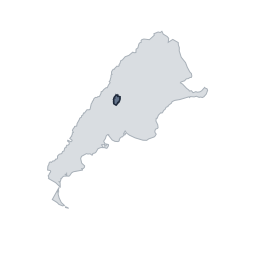 location of General Alvear, Mendoza, Argentina, rotated 30°
{"feature_id": "61730980B19531104090182", "entity_name": "General Alvear", "entity_type": "district", "adm_level": 2, "iso_a3": "ARG", "parent_name": "Argentina", "parent_adm1": "Mendoza", "projection": "albers", "projection_center": [-66.959, -35.244], "detail": "fine", "context": "in_parent", "style": "filled", "palette": "slate", "viewbox_px": 256, "rotation_deg": 30, "n_neighbors": 0, "source": "geoboundaries", "source_scale": "gbopen_adm2", "svg_char_len": 5148}
<svg xmlns="http://www.w3.org/2000/svg" viewBox="0 0 256 256"><g transform="rotate(30 128 128)"><path d="M154.7,80.7L153.0,83.1L153.2,84.7L151.6,88.5L151.9,89.3L150.6,91.1L150.8,93.1L150.1,95.0L150.2,97.5L149.7,98.2L148.8,98.3L147.9,101.6L148.4,105.0L147.6,105.5L148.7,108.0L152.2,110.4L153.9,112.7L153.8,113.6L152.7,114.8L152.5,115.9L152.9,117.5L153.8,118.5L155.5,119.2L155.5,121.4L155.1,122.7L151.3,127.2L150.4,129.3L147.1,131.1L139.0,133.0L132.8,133.5L129.3,133.1L127.0,132.0L127.0,134.7L128.1,135.6L127.5,135.6L128.0,136.1L127.6,138.4L126.9,138.8L126.2,140.6L126.2,142.2L126.8,143.6L126.1,144.8L123.4,146.1L120.3,146.3L114.6,144.0L114.8,143.6L114.5,143.5L113.6,143.9L113.1,145.7L113.7,148.6L113.5,151.1L113.8,151.9L115.8,152.9L115.7,153.8L116.3,154.0L117.8,153.8L118.0,153.0L117.3,152.7L119.3,152.1L120.0,153.1L120.0,155.7L119.6,156.3L118.0,156.7L117.6,156.6L116.8,154.8L116.0,154.4L113.8,155.3L113.5,155.9L116.7,157.2L114.3,158.5L112.4,160.8L112.3,165.1L111.8,166.3L110.5,167.4L110.3,168.3L110.7,168.7L110.5,169.5L108.1,169.3L106.3,170.6L104.8,171.0L101.9,175.8L102.3,178.2L105.5,181.6L109.4,182.5L109.9,183.7L109.7,185.0L109.3,185.8L107.8,186.5L109.1,186.5L109.6,187.2L102.6,193.2L101.6,195.0L101.3,198.6L100.7,199.4L99.3,200.1L98.4,199.4L97.6,198.1L97.6,199.2L96.3,199.6L97.9,199.6L98.6,200.5L96.5,201.8L95.9,203.0L95.7,204.7L94.9,205.7L95.5,205.4L96.2,208.7L94.6,208.9L96.6,209.4L98.9,213.1L98.8,213.4L98.7,213.0L92.6,211.5L84.5,211.5L84.6,211.0L82.7,209.2L83.0,207.7L82.6,206.5L83.0,205.4L82.7,204.1L81.9,203.7L79.4,204.6L77.7,201.1L77.7,199.1L77.2,197.9L77.5,196.3L78.9,196.1L79.2,194.4L80.9,193.0L80.8,191.3L81.9,190.4L82.1,189.5L81.0,187.5L81.6,185.1L83.4,183.3L83.1,181.1L84.1,179.9L83.2,177.0L84.2,175.7L83.7,175.0L83.6,173.5L84.6,173.0L85.2,171.3L84.1,169.8L82.1,169.5L82.0,168.7L85.5,168.4L85.9,167.2L85.7,166.5L82.9,166.2L82.9,164.6L83.4,163.5L82.9,162.4L83.0,161.4L82.2,160.0L82.9,159.2L81.0,157.8L80.9,155.3L81.3,154.7L81.0,153.3L82.6,152.0L81.7,149.6L81.6,144.9L81.3,143.7L82.3,141.8L81.7,140.5L82.4,139.5L82.0,137.2L82.8,136.9L83.3,132.8L85.4,131.5L85.8,130.7L84.1,125.5L84.2,123.6L83.8,122.7L84.2,121.5L83.8,119.9L84.4,117.9L85.9,117.0L86.0,116.3L87.5,114.9L87.3,111.6L86.6,109.9L87.4,109.3L87.8,106.7L88.9,104.0L89.9,103.5L89.6,100.4L89.9,97.7L88.5,97.2L88.8,95.2L88.3,94.8L87.9,92.7L87.0,90.9L86.9,90.1L87.4,89.6L86.3,88.9L85.6,87.2L85.7,85.7L85.8,84.6L86.9,83.8L86.7,83.1L87.5,79.9L88.7,79.7L89.2,78.5L88.6,78.0L88.7,76.0L88.1,73.3L89.1,71.9L89.9,67.7L92.5,64.6L94.2,59.9L95.6,59.8L97.1,58.7L95.6,55.7L96.5,53.7L95.4,49.7L95.7,48.1L96.6,47.2L95.6,45.7L95.9,44.4L97.3,43.0L102.4,40.8L104.4,34.5L103.3,33.4L106.1,29.8L108.2,29.2L109.0,27.3L111.6,29.1L116.2,29.2L118.4,30.0L120.0,33.7L122.5,28.9L128.8,28.9L130.0,30.8L132.3,32.8L133.8,35.6L138.7,40.1L145.1,42.6L148.9,45.7L153.4,48.5L155.7,49.2L157.3,51.1L157.6,52.4L156.4,53.3L155.5,55.1L154.2,56.0L153.6,57.2L153.5,58.7L150.9,61.6L150.8,62.7L153.3,62.7L159.0,64.4L161.8,64.7L162.6,65.3L164.3,64.0L166.7,64.9L168.6,62.6L170.2,62.3L172.1,60.8L173.2,58.9L174.1,54.5L175.0,54.9L176.7,54.5L178.1,55.5L178.8,59.5L178.1,63.0L177.2,64.4L175.4,64.9L174.3,65.9L171.4,66.3L169.7,68.0L166.1,69.7L166.2,70.8L165.1,70.6L158.6,77.5L154.7,80.7ZM98.2,227.8L98.0,215.1L99.6,217.6L98.9,217.4L98.7,218.6L99.9,218.9L100.6,220.3L103.4,223.1L107.5,225.9L111.6,226.8L110.4,228.1L106.4,228.7L104.0,228.0L98.2,227.8ZM113.2,227.6L114.4,227.2L116.8,227.2L113.6,228.1L113.2,227.6ZM128.9,134.2L128.8,134.7L128.0,133.8L128.9,134.2Z" fill="#d9dde1" stroke="#a8b0b8" stroke-width="1"/><path d="M106.2,106.5L106.3,106.4L106.1,106.2L106.0,105.9L105.9,105.8L106.0,105.7L105.9,105.6L105.8,105.4L105.7,105.4L105.7,105.2L105.6,104.9L105.4,104.9L105.2,105.0L104.9,105.0L104.6,105.2L104.4,105.3L104.2,105.3L103.9,105.4L103.7,105.4L103.4,105.4L103.2,105.3L103.2,105.2L102.9,105.2L102.8,105.3L102.7,105.2L102.7,105.3L102.6,105.2L102.6,105.3L102.6,105.2L102.5,105.3L102.4,105.3L102.2,105.3L101.9,105.3L101.8,105.2L101.7,105.2L101.4,105.2L101.2,105.2L101.3,105.4L101.2,105.5L101.1,105.9L101.1,106.0L101.0,106.4L101.0,106.6L101.0,106.9L100.8,107.9L100.9,108.0L101.0,108.1L100.9,108.2L101.0,108.3L100.9,108.3L100.9,108.5L100.9,108.8L100.8,109.0L100.8,109.3L100.9,109.5L101.0,109.6L101.1,109.8L101.2,110.0L101.2,110.3L101.2,110.5L101.3,110.5L101.4,110.8L101.5,110.8L101.6,111.0L101.8,111.1L101.9,111.3L102.0,111.5L102.0,111.4L102.0,111.5L102.1,111.8L102.3,111.9L102.3,112.0L102.5,112.3L102.4,112.3L102.4,112.5L102.5,112.5L102.6,112.8L102.8,112.9L102.8,113.0L103.0,113.2L103.1,113.3L103.2,113.5L103.3,113.7L103.3,113.8L103.4,114.0L103.5,114.1L106.3,114.2L106.4,113.9L106.3,113.7L106.4,113.4L106.4,113.2L106.5,113.2L106.5,112.9L106.6,112.6L106.6,112.4L106.7,112.2L106.7,111.9L106.6,111.7L106.8,111.5L106.8,111.4L106.9,111.2L106.9,110.9L106.9,110.7L107.0,110.5L106.9,110.5L107.0,110.4L107.0,110.2L107.0,109.9L106.9,109.9L106.9,109.7L107.0,109.6L107.1,109.4L107.0,109.2L107.1,108.9L107.0,108.7L106.9,108.6L106.9,108.4L106.9,108.2L106.8,107.9L106.9,107.7L106.7,107.5L106.7,107.4L106.8,107.3L106.7,107.1L106.6,106.9L106.5,106.7L106.4,106.6L106.2,106.6L106.2,106.5Z" fill="#64748b" stroke="#1e293b" stroke-width="1.5"/></g></svg>